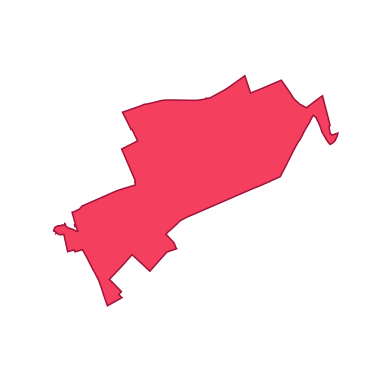 outline of Dragoesti, Ialomita, Romania, rotated 291°
{"feature_id": "2599482B30507331173389", "entity_name": "Dragoesti", "entity_type": "district", "adm_level": 2, "iso_a3": "ROU", "parent_name": "Romania", "parent_adm1": "Ialomita", "projection": "equal_earth", "projection_center": [26.544, 44.558], "detail": "fine", "context": "isolated", "style": "filled", "palette": "rose", "viewbox_px": 384, "rotation_deg": 291, "n_neighbors": 0, "source": "geoboundaries", "source_scale": "gbopen_adm2", "svg_char_len": 4700}
<svg xmlns="http://www.w3.org/2000/svg" viewBox="0 0 384 384"><g transform="rotate(291 192 192)"><path d="M303.6,297.1L304.0,296.9L304.3,296.6L306.3,295.2L308.0,294.0L309.5,293.0L310.7,292.1L315.3,288.8L323.6,282.9L328.6,279.4L327.5,278.6L326.7,278.0L326.1,277.6L325.4,277.2L324.1,276.4L322.0,275.0L321.0,274.4L320.3,273.9L319.6,273.5L317.5,272.2L317.1,271.9L315.7,271.1L314.7,270.5L314.2,270.2L313.3,269.6L312.3,268.9L312.1,268.8L311.9,268.8L311.7,268.9L311.6,268.6L311.8,267.3L312.3,263.8L312.4,262.7L312.5,261.6L312.8,260.7L314.3,256.8L315.0,255.1L315.2,254.6L315.3,254.5L315.4,254.0L318.2,250.1L319.8,248.1L328.4,235.3L313.0,219.4L305.4,211.2L313.1,204.9L316.5,202.1L319.5,199.7L302.7,188.6L299.0,185.9L287.7,176.3L286.8,175.5L286.3,175.0L284.5,172.1L284.8,171.6L283.2,170.6L282.8,169.9L281.5,167.5L281.0,166.8L279.6,164.1L278.5,161.7L276.9,157.3L272.1,144.1L271.5,142.5L271.0,141.0L270.0,138.5L269.7,137.6L268.7,135.2L267.4,132.5L267.4,132.4L265.5,129.2L264.0,127.2L261.3,123.4L260.6,122.3L259.1,120.0L257.4,117.5L257.0,116.3L256.4,115.6L255.5,114.7L253.9,113.1L241.6,98.5L231.3,109.8L231.0,110.1L228.4,112.8L229.0,113.4L228.4,114.2L220.2,122.9L207.2,111.2L206.9,110.9L194.4,123.1L181.9,135.3L181.7,135.2L181.4,134.9L181.0,134.9L180.6,135.0L178.8,136.6L178.6,136.7L178.3,136.6L178.1,136.4L176.9,134.9L175.4,132.9L169.0,124.7L165.6,120.7L140.1,95.0L140.0,94.6L135.5,92.9L130.9,88.5L130.3,87.4L130.1,87.3L121.6,93.6L120.0,94.7L119.2,94.0L117.7,95.1L118.7,96.1L116.0,98.0L114.5,99.5L113.8,98.5L114.1,97.6L114.2,96.5L114.4,93.8L114.2,89.7L114.5,87.8L115.4,86.0L117.1,84.7L117.1,84.4L115.4,84.8L115.1,83.8L114.4,82.1L113.1,81.0L112.9,80.1L112.4,78.9L111.5,78.1L110.6,77.4L110.4,76.9L108.9,76.8L108.1,76.5L107.8,76.5L106.0,76.8L105.9,78.3L105.7,79.5L105.2,79.7L104.6,79.8L104.9,80.0L105.0,80.3L105.0,80.7L104.9,81.3L104.7,82.6L104.6,83.2L104.8,83.9L105.1,84.9L105.4,85.7L106.7,87.5L105.2,88.4L91.7,97.3L95.6,102.6L95.7,102.8L94.7,103.5L94.3,103.8L94.2,104.0L94.3,104.4L98.8,110.3L97.9,111.4L97.8,111.8L92.8,117.7L86.8,124.3L84.5,126.9L83.4,128.0L83.4,128.3L79.9,132.2L77.3,135.1L76.1,136.5L70.1,141.7L65.9,145.1L65.1,145.6L55.4,153.8L68.3,164.5L68.9,163.0L69.2,162.3L69.3,162.2L69.8,160.9L69.9,160.6L70.0,160.4L70.9,160.7L73.7,161.8L76.4,156.0L80.8,146.3L80.8,146.2L82.3,146.9L83.4,147.2L84.8,147.8L87.9,149.1L97.9,153.2L110.6,158.0L112.0,158.6L110.9,161.4L110.7,161.9L110.6,162.0L110.3,162.7L110.0,163.7L109.6,164.5L109.2,165.4L108.6,167.0L107.2,170.6L104.3,177.7L103.2,180.5L103.0,181.1L106.5,182.4L109.8,183.6L119.4,187.2L120.7,187.7L127.1,190.2L128.2,191.6L129.0,192.6L129.8,193.5L130.0,193.8L130.2,194.0L130.8,194.7L131.5,195.6L132.1,196.3L133.0,197.4L133.6,198.0L134.0,197.3L135.2,196.1L136.1,195.3L137.3,194.3L138.0,193.5L138.2,193.1L138.6,192.3L139.0,191.6L139.2,191.1L139.8,190.0L140.2,189.1L140.8,187.8L141.4,186.7L142.3,184.7L142.9,182.9L146.3,184.0L148.8,185.4L152.5,187.3L153.7,187.8L154.5,188.3L155.0,188.5L155.5,188.8L156.3,189.2L157.9,189.9L159.1,190.4L160.1,190.9L160.9,191.3L162.6,192.7L164.3,194.2L164.7,194.5L165.2,194.9L165.4,195.1L166.1,195.7L166.5,196.1L166.9,196.5L167.4,197.0L167.7,197.3L168.0,197.6L168.4,198.1L168.8,198.5L169.1,198.8L170.3,200.0L170.8,200.5L171.2,200.9L171.7,201.5L172.4,202.2L174.4,204.2L179.7,209.6L180.7,210.6L181.3,211.2L182.5,212.5L182.6,212.4L182.8,212.7L183.1,213.0L183.7,213.7L185.0,215.0L186.5,216.5L188.2,218.2L189.8,219.9L190.7,220.8L193.2,223.4L195.4,225.6L198.6,228.9L204.0,234.3L210.4,240.9L215.3,245.9L216.2,246.8L219.7,250.5L219.8,250.6L219.7,250.7L221.2,252.2L224.2,255.3L228.3,259.4L230.1,261.3L230.4,261.5L230.5,261.4L232.1,263.0L232.9,263.9L234.9,265.9L236.8,267.8L238.0,268.9L241.0,269.2L242.8,269.4L245.1,269.7L248.5,270.1L250.1,270.3L251.9,270.4L252.5,270.5L254.9,270.7L261.6,271.4L267.6,272.0L270.5,272.4L272.4,272.6L275.0,273.0L276.6,273.3L278.7,273.8L280.2,274.1L283.1,274.6L284.5,274.7L284.8,274.8L285.1,274.7L286.0,274.8L287.6,274.9L288.9,275.1L290.3,275.3L291.9,275.5L292.1,275.6L293.7,275.8L294.8,276.0L295.9,276.2L297.7,276.5L298.4,276.7L299.3,276.8L300.5,277.0L301.3,276.9L303.2,277.1L306.0,277.4L307.0,277.6L306.6,278.9L306.4,279.6L306.3,280.3L305.9,281.3L304.4,282.6L303.7,283.4L302.7,284.7L300.0,287.3L298.2,288.9L296.6,290.2L294.8,291.6L293.2,293.5L290.4,297.1L289.1,298.5L288.2,299.8L287.2,301.4L286.1,303.4L285.9,303.8L286.3,304.0L286.5,304.3L287.4,305.3L290.1,306.8L290.6,307.0L291.3,307.2L294.7,307.4L296.5,307.5L298.6,307.3L299.3,307.1L297.8,305.2L296.1,303.2L295.4,302.4L295.2,302.1L295.3,301.9L295.6,301.5L297.1,299.4L297.4,299.3L299.0,298.3L300.7,297.3L302.0,296.6L302.4,296.5L302.7,296.5L302.9,296.7L303.1,296.8L303.4,297.1L303.5,297.1L303.6,297.1Z" fill="#f43f5e" stroke="#9f1239" stroke-width="1.5"/></g></svg>